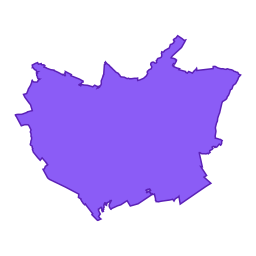 outline of Targu Jiu, Gorj, Romania
{"feature_id": "2599482B9507292753009", "entity_name": "Targu Jiu", "entity_type": "district", "adm_level": 2, "iso_a3": "ROU", "parent_name": "Romania", "parent_adm1": "Gorj", "projection": "natural_earth1", "projection_center": [23.276, 45.047], "detail": "fine", "context": "isolated", "style": "filled", "palette": "violet", "viewbox_px": 256, "rotation_deg": 0, "n_neighbors": 0, "source": "geoboundaries", "source_scale": "gbopen_adm2", "svg_char_len": 5602}
<svg xmlns="http://www.w3.org/2000/svg" viewBox="0 0 256 256"><path d="M111.0,209.3L111.7,208.5L117.6,205.8L120.8,204.8L127.1,200.7L130.3,206.0L138.1,203.8L151.6,194.8L149.0,191.3L146.9,192.7L146.7,192.5L147.4,191.9L146.0,190.2L147.3,189.4L147.7,189.8L149.2,188.9L150.0,189.8L150.2,189.6L150.6,190.3L149.2,191.1L151.5,194.2L152.4,193.8L152.7,194.5L153.0,194.5L154.4,194.1L155.5,198.8L155.5,200.4L156.0,200.7L156.1,201.6L158.5,201.8L161.2,201.2L169.8,200.0L172.7,199.3L174.0,201.0L175.0,199.2L175.5,198.6L178.7,196.7L178.9,196.4L180.2,204.1L197.9,191.9L206.1,186.3L210.9,183.3L204.0,177.1L206.6,175.5L200.7,166.5L202.3,166.8L199.3,153.2L199.3,152.6L199.9,152.6L201.4,153.6L202.5,153.8L204.1,153.7L206.0,153.9L207.5,153.4L208.0,153.5L208.3,153.8L208.9,153.2L210.0,152.5L209.7,152.2L209.8,151.9L209.7,151.5L209.8,150.6L212.0,149.5L212.9,148.5L212.2,147.6L212.1,147.0L213.0,146.5L213.6,146.4L214.9,147.5L215.5,147.2L214.5,146.2L216.1,147.1L216.6,147.1L217.3,146.5L219.2,144.1L220.6,145.2L221.0,144.8L221.6,143.6L221.7,141.5L222.2,140.6L220.4,139.4L219.6,139.4L217.8,138.7L215.3,138.1L215.4,137.1L215.1,136.5L215.9,131.7L215.9,130.8L215.4,128.0L215.5,127.1L216.5,123.1L217.4,121.1L217.7,118.1L219.0,114.3L219.6,112.9L221.9,103.0L222.5,101.6L225.6,99.7L226.7,98.6L227.4,96.5L228.4,95.5L229.4,93.1L230.5,89.7L231.6,89.2L232.0,88.7L232.4,87.6L232.8,86.2L233.4,85.2L235.6,83.6L237.8,79.6L238.6,77.3L240.6,75.0L238.5,74.1L238.2,73.1L237.6,72.3L236.9,72.4L235.1,71.5L234.0,71.3L233.0,70.4L231.8,69.9L230.7,69.6L229.8,69.6L227.5,68.8L226.8,68.9L226.4,69.3L225.0,69.3L222.9,68.7L221.6,68.8L219.9,68.5L217.6,67.8L215.4,66.5L214.6,66.4L213.2,66.5L213.1,68.6L196.8,70.5L196.7,68.7L196.6,68.3L195.6,69.7L194.5,70.5L192.4,73.1L188.7,71.5L187.3,73.1L185.7,72.4L185.6,71.5L178.9,69.7L179.6,68.7L176.9,68.0L173.4,66.5L173.9,65.9L172.6,65.1L172.7,64.9L173.5,63.6L174.6,64.1L176.1,61.5L176.2,61.3L176.5,60.2L175.6,59.8L175.8,59.4L174.8,58.8L173.5,58.3L173.1,58.4L171.1,57.8L171.9,56.5L172.6,55.7L181.5,47.5L184.7,41.9L185.6,40.0L184.1,40.4L182.2,38.7L177.7,35.7L177.1,36.5L176.8,36.8L176.2,37.8L174.1,39.0L173.7,39.5L173.4,39.8L173.5,40.2L174.5,41.2L174.0,41.7L173.8,42.2L173.8,42.7L171.7,44.2L170.4,44.5L169.4,47.7L169.2,48.0L164.5,50.6L164.1,51.5L163.4,52.0L162.5,52.1L161.8,51.8L161.4,53.4L161.8,54.8L161.6,56.6L161.0,57.3L160.5,57.7L158.0,58.4L157.3,59.1L157.2,59.9L156.3,60.5L156.7,62.4L156.4,62.8L155.8,63.1L155.1,63.1L154.6,62.9L153.8,62.2L152.9,62.1L152.1,62.3L151.3,62.7L150.8,63.7L150.7,64.7L151.8,66.8L151.5,68.0L151.0,68.9L149.1,69.7L148.3,70.6L147.4,71.3L147.2,72.3L147.7,73.5L146.4,75.8L143.6,78.3L139.7,80.0L137.9,80.5L137.7,80.5L137.6,78.1L137.1,78.3L134.3,78.3L131.5,78.7L129.3,78.7L128.6,78.2L127.1,78.6L124.3,77.2L121.0,76.9L120.2,76.2L120.0,75.6L119.6,75.0L118.8,74.3L118.5,73.5L116.0,72.2L114.9,71.2L114.7,70.8L113.6,69.9L111.1,67.3L110.9,67.3L109.9,66.3L109.4,65.5L107.1,63.8L105.5,62.0L105.4,62.4L104.9,62.6L105.5,63.9L105.1,64.3L104.5,64.3L104.4,64.6L103.7,74.7L103.1,75.2L103.2,75.9L103.0,76.0L102.5,77.7L101.2,80.9L101.3,83.4L101.2,84.4L100.5,85.5L100.1,85.9L100.1,86.2L99.6,87.0L99.4,87.0L99.7,86.4L99.4,86.2L99.1,87.3L98.1,88.0L97.7,87.9L97.3,88.1L98.1,86.5L96.8,86.3L94.7,85.2L92.8,86.8L87.6,85.3L83.7,85.0L82.5,84.6L81.1,84.9L80.7,85.8L80.4,85.6L80.3,85.4L79.2,85.2L79.0,84.6L80.7,83.7L81.3,83.6L81.3,83.4L81.7,82.7L82.3,81.9L82.6,81.8L82.8,82.1L83.0,82.1L83.1,81.1L79.2,79.0L70.9,75.7L71.4,74.6L65.5,71.6L65.6,72.0L65.1,72.4L65.1,73.1L64.8,73.3L65.2,73.8L64.9,75.1L65.2,75.6L64.9,75.7L63.0,74.3L62.6,74.8L58.4,72.5L53.8,70.4L53.9,70.1L50.8,69.7L46.9,68.3L46.1,67.9L46.1,67.7L45.9,67.6L44.0,67.1L44.2,66.6L44.9,65.7L44.7,65.4L43.9,65.2L43.8,64.8L42.2,64.8L41.3,64.5L41.2,63.6L38.4,64.2L37.6,62.6L35.4,63.4L32.2,65.1L32.5,66.5L32.3,67.7L33.0,67.6L33.5,68.1L33.7,68.6L34.8,69.7L36.2,70.3L36.2,70.8L36.6,71.4L37.1,71.7L38.0,71.7L36.6,72.6L37.3,73.3L36.5,73.8L36.8,74.4L36.7,74.6L36.7,75.4L37.4,76.5L37.4,77.2L37.8,78.3L38.5,78.8L39.0,78.7L39.2,78.9L39.1,79.2L39.7,79.2L38.9,79.8L38.7,79.7L38.5,79.8L38.0,80.4L38.1,80.9L37.1,82.0L36.8,82.1L33.8,82.0L33.0,81.5L32.2,80.3L32.0,80.6L31.7,82.3L31.0,84.3L30.3,85.8L28.3,89.1L27.9,90.6L26.7,93.4L26.0,93.8L23.5,94.4L24.9,97.3L29.1,103.0L30.5,104.7L32.3,110.6L27.3,111.9L27.0,112.4L21.8,114.3L17.2,114.4L15.4,114.8L15.4,115.0L15.6,115.6L16.7,117.1L17.1,118.0L21.3,125.8L24.7,124.7L27.2,124.7L28.3,124.9L28.9,125.6L30.9,129.6L31.0,130.0L30.3,131.9L30.6,132.7L30.8,132.9L31.1,134.0L31.0,136.3L31.1,136.7L31.6,137.1L31.6,139.2L30.9,141.1L30.8,142.6L30.4,143.8L30.3,144.7L30.5,145.0L31.2,145.6L31.8,145.8L32.3,146.8L32.2,147.7L32.5,148.3L32.8,148.5L32.4,149.7L32.8,150.4L33.3,152.1L37.7,157.6L40.2,160.3L42.1,157.9L46.4,162.8L46.2,162.9L47.7,164.8L47.0,165.4L46.6,165.4L46.5,165.7L45.4,166.2L44.5,168.6L43.7,169.2L43.0,169.3L47.5,177.6L48.1,178.3L49.5,179.4L65.5,187.1L78.8,194.1L78.4,197.4L81.0,199.0L80.8,199.4L81.8,201.3L82.1,201.6L83.1,203.2L84.3,204.4L84.8,204.8L85.5,204.0L86.3,205.4L92.7,213.8L91.9,214.7L97.1,220.0L97.5,220.3L98.1,220.3L100.9,219.0L99.9,218.2L98.6,216.4L99.9,214.6L99.7,214.2L100.2,213.9L98.6,210.7L98.7,210.4L98.4,209.8L98.5,209.0L99.3,208.9L100.7,207.4L101.2,207.3L102.1,209.6L102.1,209.8L101.7,210.0L102.4,211.7L103.4,211.4L102.8,209.7L103.0,209.7L103.2,209.9L103.7,209.5L103.5,207.7L104.1,207.3L103.8,205.1L104.2,204.6L104.3,203.8L104.8,203.7L104.8,202.9L105.6,202.9L105.5,204.8L106.5,205.3L106.5,204.7L107.2,202.9L107.6,202.5L109.7,201.6L110.0,200.8L110.3,201.0L111.1,200.4L111.3,200.5L109.3,204.4L109.1,205.4L109.4,206.1L109.2,206.6L110.2,208.4L110.8,209.2L111.0,209.3Z" fill="#8b5cf6" stroke="#5b21b6" stroke-width="1.5"/></svg>